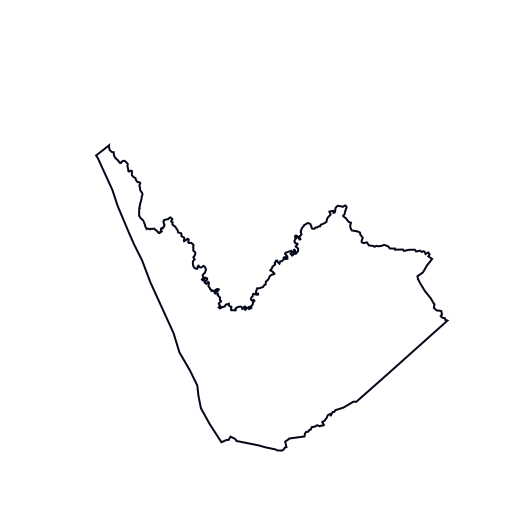 Jomoro, Western, Ghana, rotated 53°
{"feature_id": "2480657B70421803893954", "entity_name": "Jomoro", "entity_type": "district", "adm_level": 2, "iso_a3": "GHA", "parent_name": "Ghana", "parent_adm1": "Western", "projection": "robinson", "projection_center": [-2.777, 5.196], "detail": "fine", "context": "isolated", "style": "outline", "palette": "ink", "viewbox_px": 512, "rotation_deg": 53, "n_neighbors": 0, "source": "geoboundaries", "source_scale": "gbopen_adm2", "svg_char_len": 6153}
<svg xmlns="http://www.w3.org/2000/svg" viewBox="0 0 512 512"><g transform="rotate(53 256 256)"><path d="M297.4,160.2L293.1,164.2L290.5,163.6L288.5,162.6L286.6,160.2L284.4,161.5L279.8,161.5L276.9,162.4L276.3,162.2L276.0,160.3L275.6,159.6L274.3,158.5L273.5,156.9L272.7,156.3L272.0,154.5L269.8,154.0L269.2,154.6L269.0,157.0L265.8,159.7L265.1,160.7L265.4,163.4L267.9,165.9L268.6,167.1L268.1,168.1L267.1,167.2L266.5,167.1L264.7,170.5L264.8,170.8L267.1,171.2L267.9,171.7L268.5,175.4L269.0,176.7L271.1,179.2L271.0,181.6L270.0,185.5L270.9,186.8L270.0,188.2L270.0,190.0L269.1,191.3L269.4,192.8L269.1,193.6L267.7,194.7L263.4,193.4L262.6,193.5L260.8,194.9L260.3,199.3L260.9,200.0L261.2,202.1L262.9,205.0L263.7,205.8L266.2,206.7L266.4,207.3L266.4,209.3L267.1,210.0L269.3,210.3L269.4,210.7L268.9,211.3L266.6,210.7L263.7,211.7L263.5,212.2L263.9,213.2L264.8,213.5L265.6,212.1L266.0,212.5L266.2,214.5L267.3,216.5L269.6,216.9L271.0,215.5L271.4,215.5L271.9,216.5L272.3,218.6L275.1,217.9L275.9,218.1L277.5,219.8L278.2,222.6L277.3,224.3L277.3,223.0L276.5,222.0L274.8,221.4L274.1,221.5L274.0,221.9L277.3,225.0L277.4,226.8L275.0,227.0L274.7,224.5L273.1,224.6L271.2,230.5L271.7,231.5L275.1,231.2L277.1,232.6L276.3,234.2L275.9,234.0L275.7,233.3L274.6,233.1L273.9,234.7L274.2,235.3L275.1,235.5L275.7,237.3L275.6,238.3L274.9,239.9L276.2,241.9L274.1,242.3L272.5,241.8L271.8,242.8L272.4,243.4L272.6,245.1L274.3,245.9L274.4,249.2L275.2,250.2L276.1,253.2L278.5,252.2L280.8,251.9L281.4,252.2L280.6,254.3L280.3,257.0L281.6,259.1L282.4,261.6L282.4,263.5L284.5,265.5L284.2,266.8L285.0,269.0L283.5,273.4L282.5,274.5L284.0,276.8L285.3,278.2L286.6,278.4L287.2,277.1L288.0,277.5L287.2,278.9L284.6,280.9L284.8,281.6L286.1,282.8L286.4,284.8L286.9,285.6L287.6,286.1L289.0,286.1L289.5,285.5L289.5,284.4L290.7,284.1L291.0,284.6L291.2,286.4L292.4,287.4L293.1,288.7L293.2,290.2L292.8,291.5L294.4,290.8L294.7,291.0L294.2,293.4L293.0,293.1L292.6,293.5L292.3,294.5L292.5,297.0L292.0,297.0L291.3,295.3L290.7,294.9L289.8,295.1L289.5,296.0L290.2,297.6L290.1,298.8L288.1,298.2L287.1,298.7L285.8,301.2L285.6,302.2L285.7,304.1L286.9,304.5L287.1,305.0L284.4,308.4L283.6,308.2L282.2,306.5L281.6,306.3L280.6,307.1L279.2,307.5L277.8,306.4L276.7,309.4L277.5,311.4L276.4,313.8L276.4,315.5L276.0,316.5L274.6,316.7L274.4,314.7L271.7,314.5L271.3,313.6L271.3,311.4L271.0,311.0L269.4,311.4L267.5,309.7L264.3,310.2L263.4,309.2L262.8,309.1L261.4,311.2L260.2,311.2L259.9,310.9L259.8,309.8L260.7,308.3L260.9,307.3L260.5,306.0L260.1,305.8L259.3,306.4L258.8,307.6L258.8,309.7L257.3,312.5L256.9,312.6L256.3,311.9L255.1,312.6L253.7,312.2L251.3,312.1L249.1,309.7L248.7,309.6L248.0,309.8L248.3,312.5L246.4,313.0L245.2,312.5L245.7,311.2L245.7,310.2L245.0,308.8L244.5,308.5L242.9,309.4L242.7,310.0L243.9,311.8L244.0,312.3L243.4,313.1L242.3,313.4L241.5,310.9L241.0,310.6L239.7,310.5L239.0,309.8L238.6,306.8L236.8,304.3L236.3,303.9L234.1,303.4L232.4,303.8L232.2,306.5L231.6,307.3L230.7,307.9L229.2,307.7L229.2,308.8L230.5,310.0L230.8,310.9L228.9,312.2L227.2,312.3L225.2,311.7L222.8,310.1L222.1,309.2L221.8,307.0L219.3,306.8L218.8,304.7L218.1,303.6L216.6,302.3L214.1,302.8L213.3,302.5L212.1,301.3L210.7,300.6L210.0,299.5L209.1,299.2L206.4,299.9L205.1,301.9L204.2,301.9L202.6,300.0L201.4,300.0L201.0,300.6L201.2,303.3L200.8,304.6L200.3,304.4L199.3,303.1L198.4,302.5L197.5,302.4L196.2,303.3L195.0,303.5L193.6,302.3L192.7,302.1L190.3,304.0L187.9,303.0L186.4,303.1L184.0,302.8L181.9,303.7L181.1,303.5L180.4,303.7L178.8,302.3L177.5,303.0L177.1,302.8L176.3,300.7L175.9,300.5L174.9,301.0L173.8,301.0L173.5,301.4L173.5,303.2L173.8,304.0L172.9,305.4L172.0,307.9L172.4,308.0L172.8,309.3L175.5,310.2L175.7,310.6L176.8,310.1L176.1,311.0L176.5,310.8L177.2,311.8L177.2,312.9L177.8,313.6L177.7,314.3L177.1,314.6L176.9,315.3L178.2,316.5L179.3,316.5L179.3,316.9L179.7,316.8L179.6,319.0L179.1,319.0L178.9,319.8L178.4,319.6L177.9,320.0L176.3,320.0L174.8,320.6L172.9,320.8L172.2,322.1L170.9,323.8L171.0,324.5L168.8,326.0L168.7,327.1L166.1,326.7L164.1,325.8L159.7,324.7L156.2,325.3L153.5,325.1L148.7,321.4L148.0,320.8L148.0,320.3L146.8,319.8L146.4,318.9L144.2,316.8L144.0,316.1L140.8,312.3L139.7,311.5L138.9,310.0L137.7,309.1L133.6,308.8L131.5,307.5L129.6,306.8L128.2,304.6L127.2,304.5L126.1,305.8L124.8,306.2L123.4,306.2L121.2,305.4L118.9,306.4L116.7,306.4L115.3,305.5L114.4,304.4L113.2,304.0L112.5,304.6L112.4,305.8L111.9,306.7L111.2,306.8L110.3,306.1L106.9,304.6L105.4,303.1L104.7,303.0L101.6,303.4L100.1,304.6L99.9,306.6L100.4,308.0L99.7,308.7L96.8,308.7L92.6,309.4L89.6,308.6L87.5,307.2L86.3,308.5L83.3,309.1L79.9,307.5L79.2,306.8L79.5,323.2L83.2,323.5L117.0,331.0L132.9,336.4L159.8,343.2L173.4,346.4L190.9,349.6L213.5,356.2L268.1,368.3L286.7,375.1L308.0,377.7L324.1,380.8L333.0,386.1L344.4,391.6L362.1,394.1L383.9,395.7L385.3,390.0L386.4,388.6L385.0,385.0L389.0,383.0L390.4,382.6L391.9,383.0L408.7,368.0L414.1,363.9L422.4,356.7L424.1,356.0L427.1,352.2L427.2,350.4L426.4,348.5L427.0,346.7L421.8,344.4L422.0,339.6L421.8,339.2L429.3,325.9L427.2,323.6L426.7,322.4L426.8,321.6L427.6,320.4L427.6,319.4L427.0,318.0L427.6,316.8L426.2,314.4L427.7,311.7L427.9,309.2L428.5,308.6L430.4,307.5L430.4,306.6L431.7,304.6L431.9,303.9L431.6,303.3L428.7,303.2L428.3,302.7L428.7,301.8L428.8,299.9L428.1,298.4L428.1,297.5L426.6,295.0L426.4,293.6L426.8,292.2L428.3,292.1L427.9,290.9L427.3,290.6L426.8,288.5L427.6,287.3L426.9,285.4L429.7,277.3L431.0,265.7L432.8,263.7L429.6,222.8L422.8,142.0L420.8,143.3L419.3,142.6L417.5,144.3L415.1,144.6L414.7,142.7L411.6,141.2L410.3,142.1L408.4,144.4L404.5,145.2L402.0,142.5L401.2,142.7L395.1,141.9L385.2,142.2L375.0,141.1L373.2,140.6L372.2,140.7L369.3,139.2L369.6,132.6L366.1,124.3L365.9,122.7L364.3,117.1L360.0,118.6L359.2,116.4L357.1,116.3L356.8,116.3L356.5,119.4L354.0,118.8L353.0,119.3L352.5,121.2L350.8,121.6L350.3,122.1L348.8,125.4L346.7,125.3L344.2,128.5L342.7,130.9L341.0,134.8L339.2,134.8L334.7,141.1L333.8,140.5L330.5,144.6L327.8,144.6L324.2,147.0L323.5,149.5L321.9,152.4L320.3,153.8L320.1,155.5L319.6,156.0L318.8,156.1L315.4,159.5L312.0,159.2L311.6,159.5L310.8,161.9L309.4,163.0L308.3,163.2L307.2,162.2L305.8,159.9L302.7,159.7L301.9,159.9L299.8,158.9L297.4,160.2Z" fill="none" stroke="#020617" stroke-width="2"/></g></svg>